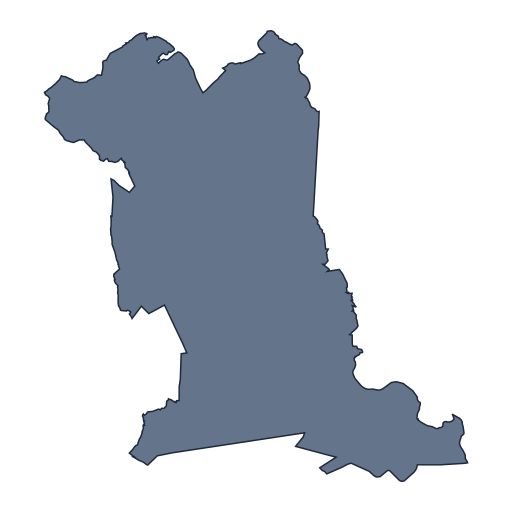 outline of Baia, Tulcea, Romania
{"feature_id": "2599482B30958520247862", "entity_name": "Baia", "entity_type": "district", "adm_level": 2, "iso_a3": "ROU", "parent_name": "Romania", "parent_adm1": "Tulcea", "projection": "equal_earth", "projection_center": [28.628, 44.749], "detail": "fine", "context": "isolated", "style": "filled", "palette": "slate", "viewbox_px": 512, "rotation_deg": 0, "n_neighbors": 0, "source": "geoboundaries", "source_scale": "gbopen_adm2", "svg_char_len": 5924}
<svg xmlns="http://www.w3.org/2000/svg" viewBox="0 0 512 512"><path d="M147.8,465.0L157.3,455.8L173.0,452.7L304.6,432.8L303.3,436.8L295.6,446.4L336.1,457.2L319.7,467.8L322.4,470.6L324.6,471.4L326.8,473.9L342.2,467.1L347.7,464.2L351.1,463.2L369.2,471.3L374.1,475.8L376.3,477.0L380.0,476.7L387.7,470.4L389.6,470.6L399.6,480.6L401.2,481.2L402.9,481.3L404.6,480.6L414.4,471.8L416.4,468.7L417.4,464.8L440.3,464.8L464.7,463.3L467.6,462.8L466.9,461.1L465.3,458.7L465.2,454.8L463.0,450.5L460.7,447.0L459.5,443.8L459.8,441.1L461.4,436.1L463.7,434.1L464.0,432.9L463.1,426.7L462.3,423.9L462.3,422.2L461.2,419.9L459.5,418.3L452.6,414.4L452.4,414.6L453.9,418.2L453.9,419.0L453.3,420.0L451.9,421.2L449.3,422.0L447.6,422.1L446.3,421.5L444.2,421.8L443.0,423.1L442.9,426.1L441.3,427.5L439.3,427.6L437.9,428.5L436.2,428.6L432.1,426.6L427.5,425.8L420.4,421.9L419.3,420.7L418.3,420.4L418.2,418.9L417.3,418.9L416.9,417.6L417.3,414.4L417.6,413.1L419.4,409.4L419.6,406.5L420.3,404.4L420.2,402.5L418.5,401.6L417.3,399.1L417.3,397.1L412.9,390.9L403.2,383.5L397.0,381.9L394.7,381.9L391.2,382.6L382.5,389.0L379.8,390.0L377.8,390.0L372.8,389.1L367.8,389.3L365.1,388.5L362.3,386.8L360.7,385.3L354.8,378.3L352.7,373.1L353.3,370.2L354.4,368.6L355.6,365.0L355.3,361.7L354.5,360.8L354.0,358.8L354.8,357.8L354.7,357.1L355.1,356.6L355.6,356.9L357.5,355.4L358.6,355.1L359.6,354.1L359.8,353.0L362.5,352.5L362.6,351.5L361.5,349.5L357.5,348.7L356.7,346.3L353.0,346.3L352.3,344.2L352.2,335.0L349.7,334.6L356.7,328.0L358.0,326.0L356.8,320.0L356.2,318.6L356.2,315.0L353.7,311.9L353.8,311.1L352.2,311.0L353.5,309.7L353.0,308.5L353.0,306.6L352.4,306.4L352.1,305.6L354.3,306.2L355.2,307.0L355.9,306.7L354.4,305.0L354.4,304.2L353.6,303.5L352.4,301.6L352.4,300.8L351.0,300.7L351.0,300.3L352.6,300.0L351.5,297.3L352.2,297.0L351.4,295.8L352.1,293.3L347.2,293.4L347.2,293.0L348.7,292.9L348.6,292.3L346.3,292.3L346.8,291.9L346.9,290.9L346.4,287.8L347.3,287.1L347.1,283.2L342.5,273.8L339.3,269.5L327.3,271.4L329.2,269.6L328.7,268.8L322.9,264.3L325.0,264.3L328.0,260.8L326.7,255.4L327.1,254.9L326.3,253.0L328.3,249.1L325.6,249.0L324.1,233.9L322.6,232.7L322.3,231.8L322.4,230.2L319.9,228.0L319.6,226.6L318.5,224.5L317.5,224.0L317.8,221.1L317.5,220.1L314.3,216.5L313.2,216.0L318.1,130.7L318.7,126.2L319.1,111.4L318.0,111.6L316.4,111.1L315.3,109.2L313.8,108.2L312.1,107.7L310.3,105.6L309.6,102.9L308.1,100.3L307.5,98.7L306.8,98.1L305.5,97.9L305.0,97.3L306.4,96.2L308.4,92.6L309.9,88.8L309.9,86.0L309.5,83.2L307.3,78.2L304.9,75.7L301.3,73.4L299.4,70.6L299.1,69.2L299.2,65.2L297.7,62.2L299.6,57.5L302.6,53.3L302.4,50.1L296.6,44.0L294.9,43.4L292.0,45.0L291.2,44.9L290.5,44.2L289.6,44.2L287.0,42.5L284.7,41.6L281.4,39.1L278.9,38.6L278.3,36.2L275.0,34.1L275.2,33.6L273.5,31.7L271.2,30.7L267.2,31.3L266.7,33.0L259.1,40.4L258.2,42.1L258.0,43.1L258.0,44.8L259.1,47.1L261.2,49.9L264.8,52.8L261.8,54.0L259.0,53.9L254.3,58.0L250.4,60.2L240.6,63.6L240.4,63.3L240.8,62.9L240.4,62.7L235.3,64.0L232.7,62.9L230.4,63.1L228.1,64.1L227.6,65.2L225.1,67.2L222.7,68.1L225.7,70.5L219.1,77.3L218.3,78.7L213.3,82.9L206.2,90.2L202.9,92.8L200.7,89.0L195.6,78.2L193.3,69.9L189.6,64.5L189.4,63.5L187.2,59.2L181.1,53.1L179.7,52.3L177.6,52.0L177.0,52.8L174.8,53.8L168.2,59.5L166.9,60.2L163.4,59.2L160.1,61.5L158.6,63.3L157.2,61.7L157.0,60.8L159.7,59.0L158.5,57.4L162.5,53.5L163.6,53.2L165.3,54.6L167.3,54.6L168.7,51.7L169.8,52.4L171.0,52.0L174.0,50.2L174.3,48.6L172.5,46.3L171.6,46.1L171.5,45.5L169.4,43.6L167.1,42.6L166.5,41.4L159.6,37.6L156.5,36.5L155.6,36.9L155.2,37.7L154.3,36.7L153.7,36.6L153.9,37.2L152.6,37.8L151.3,37.5L149.8,38.1L148.7,37.9L147.5,38.7L147.0,39.7L146.8,39.3L147.1,38.7L146.0,37.6L146.2,36.1L145.2,35.5L146.2,34.4L146.7,34.4L146.9,33.7L144.5,32.9L140.6,33.6L140.4,33.4L136.4,35.5L132.7,38.6L132.3,39.4L129.5,40.9L128.5,42.5L125.6,43.0L126.2,43.9L123.0,45.9L122.3,47.1L110.2,53.4L106.6,59.9L103.5,61.0L102.8,62.0L102.9,68.2L101.4,75.3L97.3,74.9L94.2,77.7L89.3,80.0L87.6,81.0L86.7,82.2L79.8,82.6L74.2,81.5L72.5,80.0L65.2,76.6L63.4,76.5L61.4,75.8L59.5,79.6L54.7,84.4L51.2,87.4L48.4,89.2L47.4,90.5L44.4,92.3L44.5,92.9L45.3,93.5L45.5,94.8L48.0,96.2L49.7,98.3L48.2,103.5L48.9,107.0L48.7,108.4L49.0,111.0L48.4,112.4L46.5,113.9L46.4,115.0L45.5,116.3L45.6,117.1L45.1,118.5L45.4,119.6L54.0,126.9L58.6,130.3L60.1,133.3L63.3,136.8L64.5,139.4L67.0,140.8L73.5,142.5L79.6,139.9L84.2,140.0L85.3,141.9L91.0,147.7L93.1,150.7L96.2,152.0L99.4,155.6L99.5,159.3L100.4,159.7L100.6,160.2L103.5,161.2L105.5,159.3L107.3,158.6L108.7,161.3L112.0,161.5L114.8,162.4L117.7,161.5L121.3,158.3L122.1,160.2L124.8,162.2L124.0,162.5L124.8,163.3L125.3,167.5L127.9,169.8L129.1,172.3L128.7,172.1L129.1,174.0L134.8,186.1L129.3,192.4L119.0,185.4L114.0,180.4L111.0,178.9L113.0,197.2L111.9,216.3L110.9,216.0L110.8,216.9L111.1,218.3L111.1,226.2L110.6,228.7L111.0,235.2L111.6,236.2L112.1,241.1L112.1,244.4L114.9,252.1L116.7,260.2L118.2,262.9L117.9,264.1L118.5,265.0L118.6,266.2L119.6,269.0L113.8,274.2L113.7,276.5L115.0,279.1L114.3,280.0L115.2,282.7L118.1,286.0L117.5,287.0L118.0,289.3L117.6,293.2L118.2,294.5L118.1,302.2L118.5,305.8L120.1,308.4L120.4,310.0L121.3,310.5L126.5,311.0L127.1,310.3L128.8,310.6L130.8,312.0L129.4,313.9L131.1,316.3L132.1,318.5L141.4,306.2L148.8,313.6L164.5,305.1L182.9,343.9L186.8,352.9L181.2,353.7L180.3,379.2L179.2,386.5L179.1,400.6L176.6,400.7L176.2,402.6L175.2,402.5L174.8,401.5L173.9,401.7L170.6,399.4L169.7,399.6L168.5,398.8L168.2,400.0L166.7,401.2L166.3,406.0L164.2,408.2L161.5,408.4L160.3,409.9L158.7,409.1L152.6,411.4L148.1,411.8L147.3,412.3L146.1,414.2L144.3,415.2L143.5,414.0L142.7,414.9L142.5,416.2L143.5,417.6L143.3,418.0L143.6,420.7L144.4,421.0L143.8,421.6L144.4,423.2L144.0,424.3L144.3,424.9L143.9,424.8L144.1,425.4L143.1,425.4L143.3,428.8L142.1,431.6L142.0,433.3L140.6,437.1L139.5,438.8L137.3,445.1L136.1,445.4L134.6,446.7L132.8,449.4L129.3,453.1L133.9,456.6L131.7,456.4L133.3,456.9L138.5,460.1L143.6,462.3L146.6,464.7L147.8,465.0Z" fill="#64748b" stroke="#1e293b" stroke-width="1.5"/></svg>